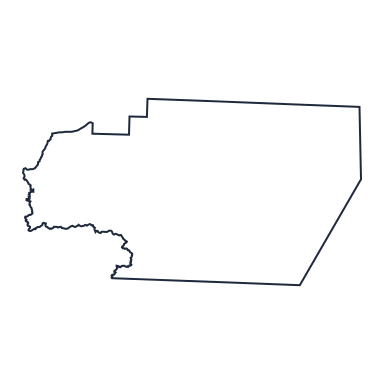 Tehuelches, Chubut, Argentina
{"feature_id": "61730980B58139732195743", "entity_name": "Tehuelches", "entity_type": "district", "adm_level": 2, "iso_a3": "ARG", "parent_name": "Argentina", "parent_adm1": "Chubut", "projection": "albers", "projection_center": [-71.521, -44.219], "detail": "fine", "context": "isolated", "style": "outline", "palette": "slate", "viewbox_px": 384, "rotation_deg": 0, "n_neighbors": 0, "source": "geoboundaries", "source_scale": "gbopen_adm2", "svg_char_len": 5720}
<svg xmlns="http://www.w3.org/2000/svg" viewBox="0 0 384 384"><path d="M359.5,106.9L291.6,104.3L202.0,100.8L147.5,98.8L146.9,116.9L129.5,116.5L129.0,134.7L92.4,133.7L92.7,123.2L90.6,122.3L89.2,122.6L88.0,123.4L85.8,125.4L83.4,127.1L80.8,128.5L78.3,130.1L76.9,130.6L72.6,131.6L71.2,131.8L66.8,131.8L65.3,131.8L62.4,132.3L59.5,132.3L55.1,133.1L52.1,133.6L52.3,135.8L51.9,136.2L51.3,136.5L51.1,136.9L50.5,138.6L50.6,139.1L50.5,139.4L49.0,140.5L48.8,140.6L48.8,140.9L48.0,140.8L47.8,140.9L47.7,141.4L47.6,142.3L47.5,142.8L47.4,143.4L47.1,144.3L45.7,146.4L45.4,147.2L45.4,147.9L45.1,148.2L44.8,149.0L44.2,149.6L43.7,150.3L43.2,150.8L42.6,151.7L42.5,152.9L42.7,153.7L42.7,154.2L42.5,154.6L42.3,154.7L42.1,155.0L42.0,155.8L41.7,156.7L41.3,156.9L41.1,157.2L41.1,157.4L40.8,158.0L40.3,159.3L39.7,159.9L39.6,161.1L39.6,161.3L39.1,161.7L38.3,161.9L38.1,162.1L38.0,162.7L38.1,163.5L37.8,164.7L37.6,165.1L36.8,165.8L36.3,166.7L35.8,167.1L35.0,168.2L34.5,168.3L33.2,169.1L31.0,169.2L30.4,169.1L29.8,169.4L29.4,169.4L28.3,169.7L27.0,169.7L25.4,168.2L24.6,168.6L23.8,168.8L23.6,169.1L23.4,170.1L23.5,170.8L23.4,171.3L23.1,172.2L23.0,172.6L23.2,173.1L23.6,173.6L24.3,174.7L24.6,176.1L24.4,176.9L23.7,177.9L23.6,178.2L23.7,178.5L24.6,179.7L25.0,179.4L25.3,179.3L26.5,180.2L27.0,181.0L27.5,181.7L28.2,182.7L28.4,183.3L28.4,183.6L28.6,183.7L29.0,184.2L30.0,184.7L30.6,185.2L30.7,185.6L30.3,186.4L30.8,188.0L30.8,188.7L30.5,189.5L30.5,189.8L30.8,190.0L31.9,189.8L32.5,190.0L33.3,189.5L33.4,190.4L33.2,190.9L33.2,191.2L33.4,191.6L33.4,191.8L33.1,191.8L32.2,191.4L31.6,191.9L30.9,191.9L29.5,192.6L29.3,192.8L29.5,193.0L29.8,193.0L29.9,193.5L29.8,193.8L28.9,194.2L28.8,194.4L28.7,194.7L29.3,194.9L29.7,195.4L29.8,196.4L28.7,197.0L29.3,197.9L29.7,198.1L29.7,198.6L29.3,199.1L29.1,199.2L28.8,199.2L28.3,198.8L28.0,198.8L27.5,199.0L26.7,199.0L26.8,199.6L26.4,200.1L26.5,200.3L27.2,200.4L27.6,200.7L28.5,200.7L29.2,200.8L30.2,201.3L29.5,201.8L30.0,202.5L29.5,203.5L29.4,204.7L29.5,205.0L30.0,205.1L30.1,205.7L30.3,206.1L30.7,207.1L31.0,207.6L31.5,207.9L31.7,208.7L31.7,209.0L31.8,209.8L32.1,210.4L32.3,210.7L32.3,210.9L32.1,211.3L32.0,211.9L32.5,212.8L32.5,213.3L32.3,213.7L31.6,214.0L30.6,214.9L30.3,215.0L29.4,214.8L29.1,214.9L28.6,215.1L27.7,216.2L27.1,216.3L26.4,216.8L25.4,216.6L25.1,217.1L25.0,217.6L25.3,218.0L25.5,218.6L25.8,219.0L26.2,219.3L26.6,219.8L26.5,220.0L25.7,220.5L25.8,221.0L26.5,221.6L27.5,221.9L28.0,222.3L28.2,222.6L28.2,222.9L28.2,223.1L27.8,223.5L27.7,223.8L27.7,224.1L27.8,224.2L27.8,224.6L27.6,224.8L27.7,225.6L28.0,225.9L28.6,225.9L30.0,226.7L30.1,226.9L30.1,227.3L30.0,227.7L29.7,228.3L29.4,228.6L29.0,228.9L28.8,229.2L28.7,229.6L28.5,230.1L28.5,230.4L29.1,230.7L30.3,231.1L30.6,231.0L32.2,230.2L33.3,229.4L34.1,229.1L34.4,228.8L34.7,228.8L35.2,229.2L35.4,229.2L35.6,229.0L36.0,227.9L36.9,227.6L37.7,227.0L39.0,227.1L39.8,226.9L40.3,226.4L42.1,225.2L42.4,224.8L42.5,224.4L42.6,223.5L42.8,223.1L43.4,222.9L43.9,222.9L44.5,223.3L44.7,223.2L45.2,223.3L45.8,223.4L45.9,223.5L45.9,223.8L45.4,224.4L45.4,224.9L45.7,226.1L45.8,226.4L46.1,226.6L47.5,227.1L48.2,228.0L48.8,228.2L49.5,228.8L50.5,228.5L51.1,228.9L51.4,228.7L51.6,228.5L52.2,228.4L52.5,228.1L53.3,227.8L53.5,227.5L53.7,227.0L53.9,226.8L56.5,226.9L56.9,226.8L57.8,227.5L58.8,227.1L59.7,227.1L60.5,226.8L61.0,226.8L61.8,228.0L63.2,228.2L65.4,228.8L66.3,228.9L66.9,228.6L68.2,228.4L68.5,227.9L69.8,227.1L70.4,226.5L71.8,226.1L72.3,225.8L72.5,225.8L73.3,226.3L73.8,226.5L74.6,226.9L75.4,226.9L75.7,226.8L76.5,226.3L78.1,225.5L78.5,224.8L80.3,226.0L80.9,226.2L81.9,226.3L84.4,225.5L85.1,224.9L86.3,225.2L86.9,225.6L87.1,225.4L87.7,225.0L89.7,224.1L90.1,224.1L90.7,224.5L91.4,225.3L91.9,225.4L92.4,225.1L93.0,225.2L93.1,225.4L93.0,225.8L93.0,226.2L93.1,226.5L93.7,226.8L94.9,227.8L94.5,228.3L94.4,229.0L95.5,232.1L96.6,230.9L97.3,230.9L97.7,231.0L97.9,231.3L98.1,232.0L99.0,232.6L100.0,232.9L100.7,233.0L101.0,232.6L101.1,232.2L101.3,232.0L101.8,231.8L103.4,231.7L104.4,231.9L105.5,231.8L106.2,232.0L107.1,231.9L107.8,231.5L108.4,231.1L109.6,230.6L110.2,230.6L110.9,230.7L111.6,231.2L112.0,231.7L112.3,232.7L112.9,233.8L113.3,234.3L113.6,234.4L114.3,234.5L115.1,234.0L115.5,233.8L117.5,234.5L119.1,235.4L120.7,235.0L121.0,235.0L121.2,235.3L122.2,237.0L122.8,237.8L123.2,238.5L123.5,239.2L124.2,239.4L124.5,239.6L125.0,240.6L125.2,240.8L126.0,241.0L126.9,241.6L126.8,241.9L125.5,243.1L124.9,243.3L124.1,243.9L124.0,244.1L124.0,244.7L123.8,245.2L123.5,245.4L123.3,245.7L122.6,246.2L122.6,246.4L122.0,246.9L121.9,247.3L122.0,247.5L122.5,247.8L122.8,248.2L123.1,248.0L123.3,248.0L123.7,248.3L124.4,248.4L124.9,248.9L126.2,248.4L127.2,248.9L127.6,249.6L127.6,249.9L127.8,250.1L128.1,250.4L128.7,250.2L129.3,250.7L129.6,251.0L129.9,252.0L130.1,252.2L131.6,253.1L132.3,253.9L132.2,254.7L131.8,255.2L132.0,255.7L131.7,256.4L131.6,257.0L131.4,257.3L130.9,257.6L130.6,258.0L131.0,258.6L131.4,259.4L131.4,259.6L131.3,259.8L130.8,260.2L130.7,260.5L131.1,261.0L131.1,261.3L131.0,261.7L130.9,262.2L130.3,262.4L130.3,262.8L130.4,263.4L131.4,264.6L131.4,264.8L131.3,265.1L130.8,265.5L130.2,265.6L129.4,265.4L129.2,265.8L128.3,266.8L127.4,266.3L127.0,266.9L125.8,266.7L124.8,266.1L124.5,265.8L124.0,265.7L123.4,265.9L121.8,265.9L121.0,266.6L120.9,266.9L120.1,267.3L119.6,267.1L119.3,266.6L118.3,266.1L116.6,265.7L116.6,266.2L116.7,266.8L117.5,267.5L117.5,267.8L117.0,268.1L116.8,268.4L116.8,268.8L116.7,269.1L116.3,269.6L115.6,270.0L115.5,270.5L115.4,270.6L114.5,270.8L114.4,271.2L114.3,271.6L115.0,272.1L115.4,272.5L114.6,272.8L114.8,273.6L114.7,273.9L114.3,274.5L113.7,274.5L113.0,274.8L112.7,275.2L112.6,275.6L112.1,275.0L111.6,275.6L112.2,276.2L111.7,277.1L111.7,277.9L112.0,278.2L229.9,282.5L299.8,285.2L361.0,179.3L359.5,106.9Z" fill="none" stroke="#1e293b" stroke-width="2"/></svg>